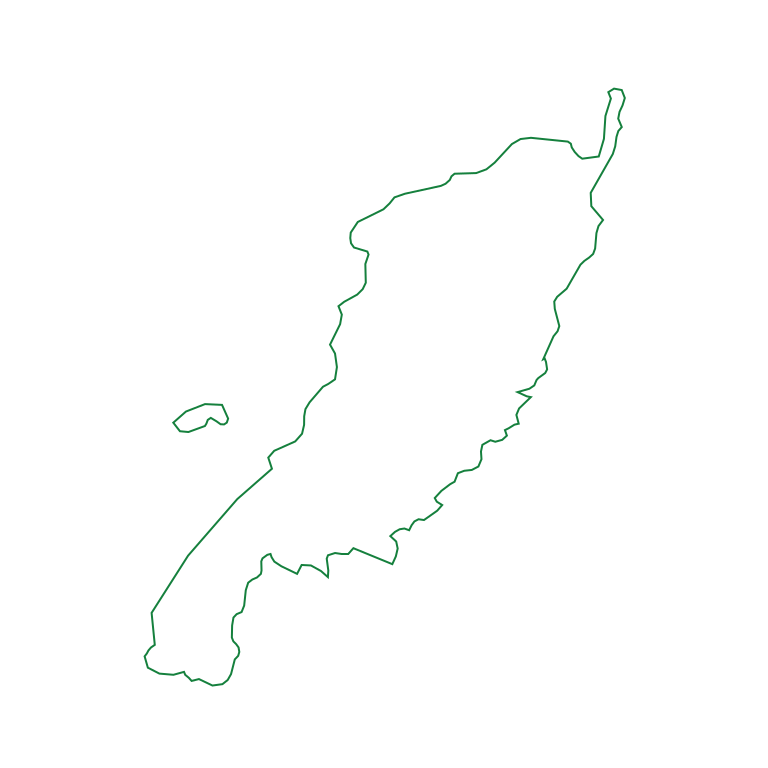 the border of Makira, rotated 276°
{"feature_id": "SLB-3509", "entity_name": "Makira", "entity_type": "Province", "adm_level": 1, "iso_a3": "SLB", "parent_name": "Solomon Islands", "parent_adm1": "", "projection": "robinson", "projection_center": [161.795, -10.523], "detail": "fine", "context": "isolated", "style": "outline", "palette": "green", "viewbox_px": 768, "rotation_deg": 276, "n_neighbors": 0, "source": "natural_earth", "source_scale": "10m", "svg_char_len": 2644}
<svg xmlns="http://www.w3.org/2000/svg" viewBox="0 0 768 768"><g transform="rotate(276 384 384)"><path d="M691.6,579.8L697.7,576.6L701.8,581.9L701.2,589.7L693.6,593.6L686.0,592.1L679.3,589.8L672.4,589.2L664.4,593.6L660.1,590.6L654.1,589.4L644.5,589.1L636.6,587.5L595.7,569.6L582.5,571.6L570.0,584.7L563.5,580.8L556.3,579.5L540.8,579.8L535.2,578.4L531.1,574.7L527.5,570.5L523.2,566.9L497.9,555.7L488.8,547.1L483.8,544.7L476.6,546.0L459.9,552.3L454.6,551.1L449.2,547.6L425.3,539.8L426.2,541.1L422.9,542.8L415.6,544.7L411.8,543.2L406.0,536.8L403.9,535.3L398.3,533.6L394.5,529.1L389.9,517.7L386.7,527.2L386.3,531.4L373.8,520.9L367.1,518.9L358.6,522.1L357.2,518.0L353.0,512.6L350.8,509.1L345.5,511.6L340.8,507.4L338.2,500.7L339.2,495.8L333.8,488.2L327.0,487.5L319.4,488.8L311.8,486.5L307.7,480.3L306.1,472.9L303.0,466.8L294.2,464.4L291.3,460.3L283.8,452.3L275.9,446.4L272.5,448.8L269.7,454.5L263.6,450.2L252.9,438.0L253.1,432.5L250.5,428.6L246.4,426.2L241.2,424.3L242.4,419.4L241.2,414.8L238.1,410.4L233.4,406.2L228.6,412.6L221.8,414.8L213.8,413.8L205.7,411.1L217.5,370.7L211.2,366.2L210.5,359.9L210.8,353.0L207.8,346.2L204.3,345.3L192.7,348.1L186.1,348.4L191.4,340.9L195.9,330.3L195.4,321.0L186.1,317.4L192.0,301.0L195.9,293.5L200.0,290.3L203.1,288.9L201.9,285.8L197.9,281.4L194.8,280.5L185.7,281.7L182.3,281.4L178.3,277.9L175.8,273.5L172.2,269.7L164.5,268.1L149.0,268.1L142.3,266.2L139.7,261.5L136.0,258.7L128.0,258.2L115.9,259.2L112.3,261.1L109.8,264.2L106.8,266.9L102.4,268.1L98.4,267.4L94.5,264.4L79.5,262.2L73.3,259.5L68.6,254.7L66.2,244.9L71.2,230.8L68.6,223.7L71.4,220.6L72.8,218.5L74.0,216.7L76.8,215.2L72.8,205.0L72.5,190.9L77.2,178.8L88.1,174.4L91.2,176.3L94.4,177.6L97.6,179.8L100.6,183.3L132.1,176.8L192.8,207.1L254.2,250.1L288.0,281.4L298.7,276.6L306.1,281.8L317.6,301.7L326.0,307.7L335.0,308.8L343.6,308.0L350.8,308.5L358.0,311.9L374.9,323.6L378.1,328.4L383.5,334.8L395.9,335.4L409.2,332.1L417.5,326.2L438.9,334.1L448.6,334.8L456.6,330.6L461.6,335.8L470.1,348.0L476.1,352.9L482.8,355.3L501.4,352.9L511.1,355.1L514.0,353.6L516.6,339.9L520.5,336.5L525.6,335.2L531.1,335.1L542.4,341.0L557.7,365.2L564.2,370.7L570.7,374.9L575.4,384.9L587.0,419.9L589.6,424.3L593.8,428.1L597.6,429.4L600.5,432.2L603.4,453.6L608.2,463.4L615.7,470.9L636.0,486.1L641.9,494.2L644.2,504.4L644.3,541.5L642.5,544.7L638.9,546.0L634.7,549.4L631.0,553.6L628.8,557.6L632.7,573.8L650.8,577.1L673.7,576.2L691.6,579.8ZM329.4,221.3L332.2,215.3L329.9,212.5L326.0,211.5L323.5,210.3L315.8,194.5L315.7,186.0L323.5,178.5L335.9,189.9L345.3,208.1L346.3,225.1L333.3,232.6L329.2,231.7L327.1,229.2L326.9,225.7L329.4,221.3Z" fill="none" stroke="#15803d" stroke-width="2"/></g></svg>